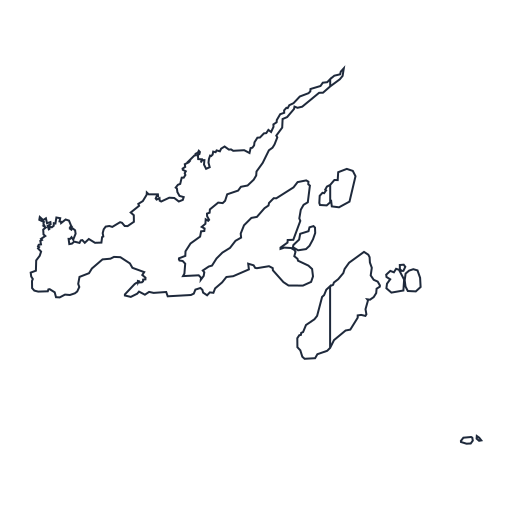 the district of Cakaudrove, Northern, Fiji
{"feature_id": "14151628B95966095088914", "entity_name": "Cakaudrove", "entity_type": "district", "adm_level": 2, "iso_a3": "FJI", "parent_name": "Fiji", "parent_adm1": "Northern", "projection": "robinson", "projection_center": [179.503, -16.697], "detail": "fine", "context": "isolated", "style": "outline", "palette": "slate", "viewbox_px": 512, "rotation_deg": 0, "n_neighbors": 0, "source": "geoboundaries", "source_scale": "gbopen_adm2", "svg_char_len": 6033}
<svg xmlns="http://www.w3.org/2000/svg" viewBox="0 0 512 512"><path d="M56.0,297.2L59.7,297.4L65.0,294.6L69.9,295.0L74.9,293.3L77.2,291.5L79.3,287.0L78.2,283.9L79.5,276.9L89.0,273.2L91.9,268.5L102.5,259.4L110.4,258.7L114.0,256.9L120.4,257.2L129.9,263.4L132.4,267.8L144.2,272.1L142.3,275.0L145.5,277.7L145.4,279.4L143.1,279.6L143.1,281.3L141.9,282.3L136.7,282.7L134.7,284.0L124.9,294.4L124.9,295.5L130.8,296.9L137.2,293.7L139.0,291.6L144.9,294.7L149.1,291.9L153.6,292.9L166.2,292.0L167.7,296.3L190.9,295.0L193.8,293.6L195.4,289.6L200.4,288.0L202.4,289.9L203.1,292.6L207.1,295.3L209.8,292.4L213.4,292.8L215.1,288.4L222.1,282.4L226.4,277.0L233.2,276.2L248.9,269.4L248.2,263.7L253.6,265.3L255.2,267.9L256.9,268.2L269.0,266.2L272.7,268.1L272.9,270.3L283.4,282.1L288.5,285.5L302.9,285.6L311.1,281.9L313.0,276.4L312.1,269.0L308.4,265.6L298.0,260.7L297.5,258.8L294.3,256.2L295.5,251.8L294.4,250.0L291.0,248.0L284.3,247.6L280.5,248.9L280.5,247.6L287.5,242.6L287.7,240.0L293.3,239.8L300.3,220.9L299.3,218.4L300.8,209.7L303.6,204.8L307.8,202.3L309.9,185.6L308.3,184.3L308.4,181.7L306.2,180.4L297.6,182.1L293.5,187.4L276.3,198.3L273.7,198.2L269.0,203.0L268.5,205.5L264.5,208.2L256.9,216.9L251.4,217.9L244.0,225.3L240.7,233.6L241.1,237.6L235.5,240.8L230.0,247.9L222.4,252.6L216.5,258.5L212.0,265.6L208.8,266.5L202.8,270.5L204.3,272.3L203.7,275.9L200.8,279.8L201.0,277.7L198.7,275.3L183.0,276.1L184.4,273.6L185.2,263.7L182.7,261.0L179.5,260.5L178.9,259.3L179.0,258.3L185.3,255.9L185.5,251.3L190.5,243.5L200.1,236.6L201.1,231.3L204.3,231.0L204.6,228.5L201.7,226.9L205.4,223.8L205.7,219.3L208.2,220.8L209.1,219.8L207.1,216.2L207.0,213.6L209.6,212.7L209.9,209.4L218.2,202.6L222.7,203.1L225.1,200.8L227.2,194.3L238.1,190.6L240.9,186.8L247.6,185.5L253.7,179.7L256.2,175.5L256.5,171.5L262.7,162.9L268.9,150.3L272.5,147.7L274.5,144.5L277.3,137.4L276.3,135.6L282.2,127.6L282.6,119.0L287.1,117.1L294.0,109.0L294.5,106.6L297.5,107.8L302.2,106.7L319.1,92.8L323.0,92.7L330.2,86.4L330.2,79.1L327.2,82.2L322.8,82.7L320.5,86.0L310.5,89.0L310.3,91.4L308.5,93.2L299.8,96.5L293.5,103.2L289.3,105.2L287.7,108.1L286.4,107.8L284.1,110.4L284.2,112.8L280.2,114.2L276.8,120.0L276.6,122.3L273.4,124.4L273.5,126.8L271.1,132.0L268.4,129.9L266.3,133.1L263.9,133.4L260.0,137.5L257.4,137.7L254.5,142.3L254.1,145.4L252.4,147.7L250.6,148.1L249.5,153.0L244.2,150.2L233.2,150.8L231.0,149.4L228.9,149.6L224.6,146.5L221.1,148.7L219.9,151.3L216.6,150.4L215.6,152.2L213.2,151.6L212.6,154.6L211.2,156.0L210.1,155.6L208.9,159.1L208.5,162.7L209.7,167.2L206.1,168.8L204.0,164.6L204.4,160.1L202.2,160.1L200.9,162.5L201.8,159.3L198.2,159.1L197.9,154.9L199.4,154.1L199.9,152.0L198.8,150.8L197.9,152.6L195.6,153.8L195.8,155.3L194.5,155.4L188.4,161.4L189.4,161.5L188.6,162.4L184.8,164.2L185.2,166.9L182.6,168.6L182.8,169.8L185.8,171.3L184.7,173.2L185.4,175.0L183.7,177.7L181.7,177.7L180.2,183.9L177.9,184.8L175.7,187.6L176.9,188.5L177.4,192.1L179.5,195.9L183.7,197.1L182.8,199.9L178.8,201.5L174.3,198.0L169.3,197.7L161.2,201.5L159.7,200.7L159.5,198.2L156.6,199.6L155.7,198.5L156.8,195.9L158.1,196.2L157.9,194.3L148.7,194.3L146.8,192.5L146.7,194.7L142.8,201.1L138.3,203.9L139.1,205.8L130.7,212.5L133.8,215.2L133.9,221.8L127.6,226.1L124.7,226.0L122.0,222.8L120.1,222.2L112.3,226.9L109.3,226.0L105.7,226.6L103.7,229.3L102.7,233.1L103.3,236.5L102.1,237.1L101.4,242.6L95.0,242.8L88.8,239.0L84.8,242.8L82.3,240.1L80.8,240.4L79.5,242.9L74.2,241.6L72.0,243.6L69.3,244.1L68.6,238.9L70.1,238.9L71.5,237.2L73.2,239.7L75.6,233.7L75.1,230.3L72.3,228.1L71.4,229.7L70.0,228.7L71.3,226.9L70.4,226.9L71.1,225.8L69.0,220.6L65.6,219.5L61.1,223.1L60.9,221.7L59.5,221.4L60.2,218.2L56.4,217.5L55.4,223.5L53.8,223.2L53.7,225.8L51.8,227.3L49.4,226.5L49.5,228.9L48.8,229.3L47.7,225.8L50.6,224.3L50.4,222.1L47.0,223.2L45.9,218.3L43.2,220.1L39.8,217.0L39.3,219.8L43.9,222.0L43.4,224.0L44.3,225.4L43.5,225.9L45.8,227.5L43.2,229.6L43.5,234.4L45.3,236.0L41.0,238.9L42.0,240.0L40.3,240.9L41.0,244.4L38.7,244.8L38.0,246.4L39.1,247.1L38.0,248.4L41.1,251.6L39.7,255.8L36.2,260.4L35.9,270.7L30.7,272.6L31.2,276.5L32.8,279.0L32.0,281.0L32.1,288.1L34.3,290.6L38.2,291.6L47.8,291.3L48.4,289.4L49.7,289.2L54.7,292.3L56.0,297.2ZM373.7,297.1L376.2,293.1L376.6,288.7L379.8,286.7L379.9,285.4L377.7,281.6L373.7,279.8L370.7,275.4L371.8,267.8L369.9,262.5L369.6,257.2L368.3,254.7L364.0,251.9L349.1,262.7L344.6,269.0L343.3,273.1L338.2,279.2L333.9,282.5L333.1,284.8L330.1,286.2L330.1,347.9L334.0,340.1L345.6,330.5L350.3,329.6L357.7,317.7L357.7,315.4L361.2,314.9L365.4,315.9L366.4,314.3L365.5,309.2L368.0,300.4L367.2,299.3L370.0,299.7L373.7,297.1ZM330.1,286.2L326.3,289.7L324.1,295.1L322.1,296.9L317.1,315.9L314.4,319.3L306.0,325.0L303.1,332.0L301.2,332.9L300.9,334.9L299.3,335.2L297.3,338.2L297.4,347.2L300.3,350.3L302.3,356.7L304.6,358.8L315.1,358.2L317.4,354.2L327.2,350.8L330.1,347.9L330.1,286.2ZM355.5,176.2L352.8,170.9L346.8,168.9L338.2,172.2L337.7,180.1L334.4,180.0L330.2,184.9L330.2,202.3L331.2,201.4L331.8,206.4L339.0,207.3L349.5,201.6L355.5,176.2ZM404.1,279.6L399.0,269.8L396.1,268.8L393.9,272.3L390.3,270.9L386.2,274.7L386.5,277.0L390.2,279.3L387.0,283.7L386.4,288.3L391.4,292.6L403.4,290.5L404.1,279.6ZM415.8,291.4L420.6,287.0L420.1,277.8L417.5,270.4L413.3,269.2L409.1,270.6L405.6,273.6L404.7,280.3L405.5,286.5L407.8,291.0L415.8,291.4ZM315.0,227.6L313.5,226.1L309.5,227.3L308.5,231.2L300.2,233.8L299.1,239.6L293.4,245.0L292.9,247.2L298.1,250.3L306.0,249.1L309.5,245.8L313.0,239.3L315.2,233.0L315.0,227.6ZM330.2,184.9L326.9,186.6L325.2,189.7L326.1,190.4L324.1,193.2L322.5,192.8L319.7,195.8L319.3,203.0L320.0,205.0L326.7,205.4L330.2,202.3L330.2,184.9ZM330.2,79.1L330.2,86.4L339.8,79.3L342.6,75.9L343.8,68.3L340.8,71.6L340.1,74.3L334.3,75.7L330.2,79.1ZM470.7,443.5L472.8,440.6L472.3,437.7L471.1,437.0L463.4,437.7L460.9,440.9L461.0,442.0L466.5,443.7L470.7,443.5ZM403.4,270.8L405.3,266.8L403.7,264.7L399.8,265.0L399.9,269.2L401.8,270.9L403.4,270.8ZM481.3,440.4L479.2,437.7L476.8,436.0L476.6,438.6L479.1,440.8L481.3,440.4ZM139.9,281.5L138.0,281.0L138.1,282.4L138.7,281.2L139.9,281.5Z" fill="none" stroke="#1e293b" stroke-width="2"/></svg>